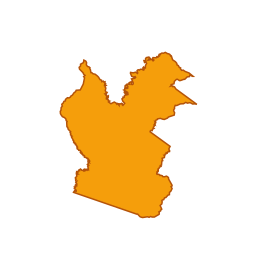 Morichal (Morichal Nuevo), Guainía, Colombia (Equal Earth projection), rotated 126°
{"feature_id": "7082276B96401380433737", "entity_name": "Morichal (Morichal Nuevo)", "entity_type": "district", "adm_level": 2, "iso_a3": "COL", "parent_name": "Colombia", "parent_adm1": "Guainía", "projection": "equal_earth", "projection_center": [-69.908, 2.404], "detail": "fine", "context": "isolated", "style": "filled", "palette": "amber", "viewbox_px": 256, "rotation_deg": 126, "n_neighbors": 0, "source": "geoboundaries", "source_scale": "gbopen_adm2", "svg_char_len": 5922}
<svg xmlns="http://www.w3.org/2000/svg" viewBox="0 0 256 256"><g transform="rotate(126 128 128)"><path d="M185.9,56.2L184.5,54.3L179.6,52.1L178.2,52.8L177.7,53.7L175.9,52.9L174.5,53.3L173.8,53.0L171.8,56.5L169.6,56.0L167.7,56.9L166.9,57.9L166.1,57.9L165.0,57.0L163.0,57.4L162.0,56.5L158.8,56.2L157.6,55.3L155.7,56.6L154.0,56.2L151.1,56.7L150.1,58.7L149.2,58.3L148.4,58.7L145.5,65.0L144.3,66.2L144.2,67.7L144.4,68.7L145.9,69.7L146.9,71.3L146.5,72.2L147.1,74.0L147.6,74.2L147.3,75.8L148.4,77.3L148.0,78.0L147.5,78.1L147.1,77.5L147.2,78.3L146.6,78.8L146.0,78.2L144.9,78.9L144.8,78.4L143.1,79.6L142.2,79.2L141.1,79.5L139.7,78.7L139.3,79.8L138.3,79.1L134.8,81.2L134.0,80.7L132.5,82.6L130.5,81.2L129.1,82.0L128.9,82.7L128.5,82.1L127.4,82.6L126.4,82.0L125.6,82.5L125.3,81.5L124.2,81.9L122.8,80.7L122.4,81.2L122.0,80.9L121.0,82.6L119.1,83.0L119.1,82.5L118.8,83.2L118.1,83.2L118.1,107.9L117.4,108.2L116.3,107.9L115.9,106.9L114.4,107.4L113.1,106.8L113.2,107.5L112.5,107.9L111.0,107.9L110.3,108.7L109.9,108.2L109.4,108.5L109.4,108.0L108.5,109.1L107.9,108.7L107.2,109.6L106.9,109.3L106.7,110.1L106.4,109.7L105.1,110.0L103.9,109.2L103.3,109.5L101.2,107.5L100.4,104.9L99.7,103.6L96.8,101.9L95.3,101.7L90.4,98.2L88.2,99.3L87.5,100.9L86.3,101.8L85.0,101.7L83.9,102.6L81.9,103.1L81.2,101.8L77.6,99.7L75.8,97.4L73.3,96.3L73.0,94.6L71.0,92.7L70.6,89.8L69.1,88.0L68.4,86.2L68.3,112.2L67.4,114.5L67.6,115.7L68.2,116.0L67.9,117.2L69.0,118.1L68.0,118.0L67.5,118.6L65.2,116.8L63.0,117.9L60.2,117.4L59.5,116.6L59.4,114.2L58.7,113.4L55.6,111.3L55.3,110.7L51.8,110.1L50.3,108.5L48.9,109.0L48.3,107.3L48.5,106.5L47.9,105.7L47.6,110.9L48.7,115.2L48.7,117.3L49.8,118.4L49.3,120.5L48.5,120.7L48.7,122.5L47.9,123.9L48.1,125.4L47.0,126.6L46.5,128.6L46.6,132.0L44.2,135.3L44.2,136.2L44.5,136.2L43.9,137.2L44.0,138.4L44.8,140.3L44.4,140.9L44.7,140.7L44.9,142.3L46.7,143.3L47.4,144.6L48.9,145.3L49.6,145.0L49.9,146.0L50.9,145.9L51.4,145.1L51.9,145.7L52.8,145.4L53.3,146.4L53.6,145.9L54.5,146.4L56.4,149.2L57.8,148.8L57.8,147.0L58.7,147.0L59.0,147.5L58.5,148.4L58.8,149.4L61.3,151.6L60.2,151.9L59.6,150.9L58.7,150.6L58.3,152.8L60.3,154.6L61.8,154.5L63.1,153.1L64.1,154.7L65.3,153.1L64.1,152.2L64.8,150.9L67.2,150.6L69.2,149.2L69.6,149.7L69.4,151.2L70.6,151.3L71.2,150.7L71.1,149.5L71.7,149.3L72.2,149.7L72.2,151.0L73.2,152.5L74.4,152.8L74.8,153.9L75.5,154.3L76.5,154.3L77.7,152.5L78.3,152.4L78.4,154.7L80.3,156.2L81.5,158.6L82.3,158.2L84.0,155.4L83.5,153.5L82.2,152.4L82.5,151.6L83.7,151.7L86.2,154.0L86.9,152.5L87.8,152.3L87.8,151.3L88.6,150.1L89.7,149.7L90.4,150.1L90.7,151.0L89.0,152.0L89.3,153.1L91.1,153.7L91.8,152.5L93.0,154.6L93.6,154.6L94.2,153.3L94.8,155.1L95.4,155.2L96.3,154.7L96.7,153.6L96.5,152.8L95.5,152.3L95.7,151.7L96.7,152.1L97.7,154.0L98.9,153.2L99.7,153.7L99.4,149.7L100.2,150.3L100.7,152.2L101.5,151.9L101.9,149.9L100.2,149.3L100.3,148.2L100.9,147.7L103.7,150.0L105.4,149.2L106.0,150.2L107.0,149.6L108.0,150.0L109.4,147.9L109.9,145.2L112.7,145.4L112.6,146.3L111.7,147.0L111.8,147.7L113.0,148.3L113.7,149.5L114.9,148.6L114.3,150.8L115.3,151.0L114.8,152.3L115.1,154.4L118.4,156.1L118.4,159.1L117.2,158.7L117.5,159.3L117.0,159.7L117.1,160.5L116.4,161.1L116.3,162.0L116.6,162.4L117.0,161.8L117.1,162.7L116.2,162.7L115.8,163.4L115.2,163.1L115.9,162.6L114.7,162.0L113.7,162.7L114.5,162.9L114.2,164.2L114.8,163.9L114.0,166.4L113.6,165.6L112.9,166.2L112.7,165.7L111.5,165.8L111.9,166.6L111.1,168.4L108.7,169.4L108.3,170.6L107.3,171.2L106.4,170.7L106.4,171.5L107.2,172.1L106.1,172.7L105.4,172.3L105.3,173.0L104.1,173.8L105.0,174.6L104.6,175.5L105.9,176.4L104.9,177.5L105.3,179.1L104.2,181.7L103.9,183.4L103.8,186.2L104.7,188.2L104.5,189.9L105.0,190.6L103.0,192.6L102.2,194.1L101.6,194.2L101.5,195.7L102.0,196.8L101.7,198.0L101.3,198.9L99.5,199.9L98.7,201.4L99.0,203.6L101.3,202.5L104.3,203.9L105.9,202.8L107.6,203.2L108.9,201.8L109.7,196.9L110.5,195.6L110.7,193.7L112.5,194.1L112.9,192.7L118.8,190.0L125.3,189.0L127.9,192.1L129.4,191.8L131.3,192.4L134.1,192.3L135.7,193.0L136.8,192.8L138.4,193.5L139.1,194.8L141.6,195.4L142.9,194.6L144.1,195.5L146.0,195.1L147.3,195.5L148.0,195.3L148.9,194.0L150.7,194.1L153.2,192.6L154.3,192.6L156.1,191.1L156.8,189.6L157.4,187.7L156.9,185.5L157.2,183.6L158.4,182.3L158.5,181.1L159.5,180.9L162.9,178.1L162.9,177.2L164.2,175.6L164.8,172.1L165.7,172.2L166.3,170.9L167.3,170.5L167.5,168.7L167.9,169.0L168.6,168.3L169.7,165.7L170.2,165.4L170.1,164.9L170.3,164.1L170.3,164.5L171.2,163.8L171.1,162.6L171.4,162.0L171.7,162.3L171.7,161.3L172.0,161.1L171.7,160.9L172.2,160.3L172.4,158.8L172.1,158.5L172.7,159.0L173.1,157.6L173.5,157.4L173.6,157.9L174.7,156.9L174.6,155.1L175.0,154.7L174.2,153.3L174.8,152.8L174.9,151.6L175.8,152.1L176.0,151.5L176.2,149.5L175.8,149.6L176.6,148.0L176.1,147.8L176.1,146.8L177.2,146.1L176.5,144.2L176.7,143.4L176.4,143.2L176.7,142.5L176.3,142.4L177.1,140.0L177.4,140.4L177.4,139.7L178.3,139.4L178.4,140.2L178.7,139.4L178.9,140.4L180.0,139.2L180.2,139.9L180.3,139.2L181.1,139.4L181.4,138.3L181.7,138.8L182.1,137.8L183.0,137.9L183.6,136.6L184.6,136.5L184.4,136.0L185.0,135.5L185.0,136.4L186.0,136.2L185.9,137.0L186.5,137.1L186.2,137.6L186.9,137.9L186.5,138.3L186.7,138.7L186.9,138.3L186.8,138.9L187.1,138.3L187.4,138.7L187.5,138.3L188.3,138.4L188.2,137.9L188.8,138.3L188.4,139.3L188.9,139.6L189.4,140.8L189.1,141.4L189.5,141.9L189.2,142.3L190.1,142.7L191.0,142.2L191.2,143.1L192.6,142.7L193.4,143.9L193.7,143.6L193.1,143.1L193.2,142.6L194.0,142.4L194.4,142.9L194.6,141.9L194.9,142.7L195.3,142.2L195.5,142.7L197.1,141.1L199.4,141.3L199.9,139.9L200.7,140.0L201.5,139.2L201.7,138.6L201.3,138.2L202.7,138.2L202.7,137.6L203.6,137.0L203.3,136.6L203.9,136.1L204.6,136.8L204.8,136.2L205.0,136.7L205.4,136.3L205.5,137.3L206.0,136.1L207.2,136.7L207.2,135.6L208.5,135.8L208.8,133.3L209.5,132.8L210.2,134.3L211.3,133.3L211.7,134.4L212.1,134.3L192.6,70.4L192.0,69.6L192.7,66.2L192.4,64.9L191.8,63.5L188.4,60.1L187.8,58.4L186.3,57.7L185.9,56.2Z" fill="#f59e0b" stroke="#b45309" stroke-width="1.5"/></g></svg>